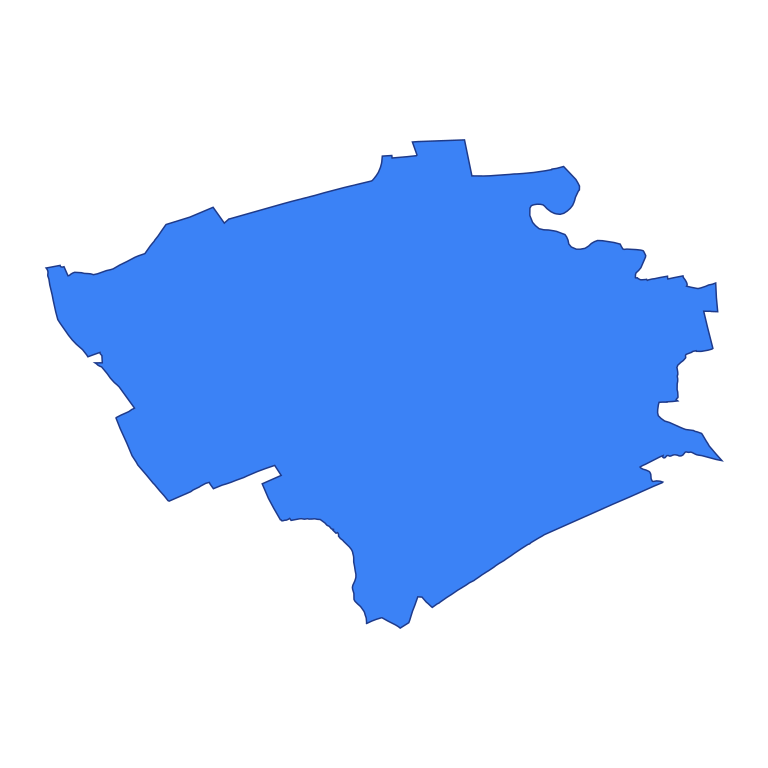 the district of Stolniceni-Prajescu, Iasi, Romania
{"feature_id": "2599482B99499640370979", "entity_name": "Stolniceni-Prajescu", "entity_type": "district", "adm_level": 2, "iso_a3": "ROU", "parent_name": "Romania", "parent_adm1": "Iasi", "projection": "equal_earth", "projection_center": [26.758, 47.184], "detail": "fine", "context": "isolated", "style": "filled", "palette": "blue", "viewbox_px": 768, "rotation_deg": 0, "n_neighbors": 0, "source": "geoboundaries", "source_scale": "gbopen_adm2", "svg_char_len": 6087}
<svg xmlns="http://www.w3.org/2000/svg" viewBox="0 0 768 768"><path d="M366.6,623.5L371.7,621.1L376.1,619.4L381.3,617.8L382.1,617.8L388.0,621.1L395.5,624.9L398.3,626.6L400.2,628.1L408.8,622.7L409.8,620.0L412.5,611.2L414.7,605.6L417.8,596.8L422.0,597.1L426.3,602.1L428.0,603.5L431.4,606.7L432.3,607.4L437.2,603.9L439.1,603.0L440.0,602.2L446.7,597.5L451.9,594.2L457.7,590.2L466.1,585.1L469.4,582.8L474.0,580.5L475.0,579.7L479.0,577.0L481.9,574.9L486.4,572.0L488.3,570.9L494.1,567.0L495.7,565.7L499.0,563.5L504.1,560.5L506.4,558.8L511.1,555.7L514.1,553.5L521.4,548.6L528.0,544.4L529.6,543.9L531.0,542.6L538.5,538.1L542.1,536.1L544.3,534.7L613.3,504.0L629.6,497.0L653.8,486.2L662.2,482.7L662.8,482.1L660.5,481.3L659.0,481.1L656.5,480.9L653.7,481.4L652.6,481.4L652.3,481.1L651.9,480.5L651.1,478.7L650.8,474.5L650.4,473.3L649.6,471.9L649.0,471.4L647.7,470.8L645.9,470.0L643.0,469.2L641.0,468.1L640.1,467.2L640.1,466.9L643.1,465.3L645.2,464.4L659.9,456.9L663.0,455.6L662.7,456.5L662.7,457.0L663.4,457.7L664.0,457.9L664.5,457.8L665.1,457.6L666.9,455.6L668.2,455.5L669.6,456.1L670.2,456.1L671.1,455.9L672.6,455.2L674.1,454.8L675.3,454.8L677.5,455.2L678.8,455.8L679.9,456.0L681.4,455.8L682.9,455.0L685.2,452.2L686.1,451.9L688.6,452.4L690.5,452.1L691.9,452.4L695.4,454.2L696.9,454.8L698.4,455.1L701.8,455.6L716.3,459.5L721.9,460.6L716.1,454.1L709.2,446.0L707.8,443.5L706.3,441.2L702.1,434.1L701.5,433.4L697.3,431.9L694.9,431.3L693.5,430.5L685.7,429.5L683.0,428.5L679.5,427.0L669.5,422.5L664.6,421.0L661.0,418.4L658.3,415.7L657.6,412.7L657.7,409.6L658.4,404.7L659.1,402.3L662.5,402.1L667.0,402.1L667.0,401.8L672.4,401.5L677.8,400.9L677.5,400.6L676.7,400.6L676.6,400.2L676.1,400.1L676.1,399.7L676.8,398.5L677.8,397.7L678.0,397.1L677.7,392.0L677.1,389.5L677.2,383.9L677.7,381.2L677.7,378.8L677.3,376.6L677.4,375.3L677.5,375.0L677.8,374.8L677.8,373.5L677.7,371.9L677.1,368.2L676.8,367.6L677.4,366.5L677.6,365.4L680.8,362.4L683.3,360.5L685.5,358.0L685.7,357.6L685.5,355.8L685.6,355.2L686.1,354.4L688.4,353.5L691.4,352.4L692.0,352.1L692.3,351.6L693.4,351.3L696.1,350.7L696.3,351.3L700.5,351.4L701.8,351.3L708.0,350.2L711.9,349.1L712.9,348.4L707.5,327.2L703.7,311.2L709.1,311.3L709.7,311.2L711.6,311.5L717.7,311.7L716.4,297.7L715.7,283.0L712.4,284.2L710.6,284.6L708.6,285.0L705.7,286.3L700.9,287.9L698.4,288.5L697.4,288.5L691.3,287.3L686.6,286.2L687.0,285.6L687.1,284.9L687.1,284.2L686.9,283.3L686.4,282.1L685.3,280.1L683.3,277.4L683.0,275.9L674.3,277.6L667.8,279.0L667.7,278.8L667.5,276.2L660.2,277.5L654.6,278.7L652.2,279.0L648.7,279.8L647.3,280.4L646.6,279.3L645.6,279.5L641.8,279.8L640.3,279.7L638.0,278.5L637.4,277.8L635.9,277.9L635.4,277.7L635.5,274.4L636.1,272.8L638.7,270.4L640.9,267.7L645.5,257.1L645.7,255.5L643.8,251.6L643.2,250.8L642.4,250.5L640.7,250.1L636.3,249.6L626.9,249.1L624.0,249.4L622.8,248.9L621.2,246.2L620.2,244.1L614.0,242.5L602.4,240.7L597.6,240.5L594.4,241.7L591.3,243.5L588.7,246.0L585.1,248.3L580.3,249.2L576.4,249.2L571.3,247.0L568.8,244.0L568.0,240.1L566.6,236.9L565.0,234.6L556.6,231.4L553.7,230.8L548.6,230.0L543.8,229.8L539.1,228.7L535.4,225.6L532.6,222.4L529.8,215.4L529.9,208.2L531.2,205.8L532.6,205.1L534.5,204.6L537.2,204.2L540.4,204.3L542.9,204.8L544.5,206.0L547.0,208.7L550.9,211.7L554.4,213.4L556.5,213.9L560.1,214.3L563.8,213.3L567.2,211.1L570.3,208.3L572.6,205.4L573.9,202.5L574.7,200.2L575.4,197.4L578.3,191.2L579.4,189.9L579.5,186.1L578.0,183.1L575.9,179.5L563.6,166.5L556.6,168.4L551.9,169.1L551.8,169.6L545.2,170.8L533.6,172.5L522.9,173.5L517.3,173.9L513.7,174.0L510.0,174.4L492.7,175.6L490.1,175.8L484.0,176.0L471.9,175.9L464.5,139.9L417.7,141.6L412.4,142.0L417.0,155.0L416.4,155.7L407.1,156.7L392.1,158.0L391.8,155.5L382.3,156.1L381.8,161.7L381.5,163.5L380.4,167.5L378.4,172.3L376.3,175.6L373.9,178.7L372.4,180.4L371.4,181.0L344.3,187.5L324.1,192.8L315.4,195.3L291.6,201.4L283.2,203.7L229.6,218.9L229.0,218.9L224.3,223.1L213.1,207.3L189.9,217.1L166.1,224.5L165.6,225.1L161.8,230.5L158.0,236.1L154.8,240.1L154.1,241.4L152.9,242.7L150.3,245.9L146.5,251.3L144.9,253.6L138.5,255.8L134.9,257.3L127.0,261.5L119.8,265.0L113.1,268.9L110.5,269.7L106.4,270.6L97.5,273.8L93.4,274.7L92.5,274.4L91.6,274.1L90.3,273.8L88.2,273.6L84.3,273.4L81.4,272.7L74.7,272.3L73.0,272.9L70.9,274.1L69.4,275.4L68.0,275.8L64.0,266.7L62.5,267.1L61.2,266.9L60.6,266.6L60.2,266.0L60.1,265.4L47.4,267.8L46.1,268.0L47.2,269.5L47.8,270.9L47.9,271.5L48.0,272.9L47.8,274.5L47.8,275.9L48.9,279.1L49.8,285.0L52.2,295.0L53.2,300.3L55.7,311.7L57.8,319.6L60.1,323.2L68.6,335.4L72.3,340.0L76.3,344.2L82.6,349.7L86.7,354.9L87.9,356.8L92.7,355.0L100.0,352.4L100.2,353.7L101.9,355.6L102.3,362.8L95.1,362.9L96.5,363.8L97.7,365.0L98.7,365.6L100.2,366.4L101.6,366.9L107.3,373.8L110.5,378.3L114.3,382.5L117.0,384.8L119.1,386.8L134.5,408.1L133.4,408.8L131.9,409.4L129.0,411.5L126.2,412.8L121.2,415.0L116.2,417.6L116.0,418.0L120.1,428.4L126.8,443.1L132.1,455.8L136.4,462.4L137.8,465.0L146.5,475.1L153.3,483.4L154.4,484.4L159.7,490.8L164.1,495.7L168.0,500.6L169.2,501.1L190.7,491.7L193.2,489.9L199.3,487.0L200.4,486.2L205.8,483.3L209.3,482.4L210.1,484.1L213.4,488.7L222.2,485.1L226.3,483.9L231.0,482.3L236.3,480.2L243.8,477.5L247.2,475.9L257.5,471.5L265.6,468.5L274.7,465.4L281.2,475.4L262.2,483.8L268.4,498.3L273.7,508.2L280.4,519.8L281.2,519.9L281.8,520.8L282.8,520.8L284.5,520.3L286.5,520.1L288.5,519.2L289.7,518.4L291.1,520.4L299.6,518.8L301.4,518.7L304.5,519.2L307.5,518.7L309.0,519.1L312.7,519.0L314.0,518.8L315.3,518.9L317.3,519.3L320.2,519.5L325.0,523.0L326.8,525.1L327.6,525.6L328.9,526.1L329.7,526.8L331.4,528.9L333.4,529.4L332.9,530.2L336.0,533.2L337.6,532.6L338.3,533.7L338.6,535.0L338.5,536.1L340.4,538.5L342.7,540.2L343.7,541.4L349.4,546.9L351.4,549.5L352.0,550.6L352.6,552.1L352.9,553.7L353.5,556.0L353.7,557.8L353.7,562.0L354.6,566.7L355.2,570.7L355.9,574.3L355.9,577.2L355.5,578.8L354.8,581.0L352.9,585.1L352.6,586.3L352.4,587.4L352.6,589.2L353.7,592.8L353.9,593.6L354.0,599.4L354.8,601.0L355.5,601.8L357.7,604.0L360.2,606.2L361.0,607.1L364.1,611.5L364.7,613.1L365.1,614.7L366.2,617.9L366.5,621.1L366.6,622.7L366.5,623.4L366.6,623.5Z" fill="#3b82f6" stroke="#1e3a8a" stroke-width="1.5"/></svg>